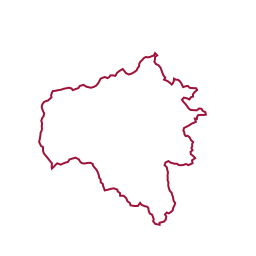 Guapiara, São Paulo, Brazil, rotated 305°
{"feature_id": "56859067B39220328701947", "entity_name": "Guapiara", "entity_type": "district", "adm_level": 2, "iso_a3": "BRA", "parent_name": "Brazil", "parent_adm1": "São Paulo", "projection": "mercator", "projection_center": [-48.549, -24.213], "detail": "fine", "context": "isolated", "style": "outline", "palette": "rose", "viewbox_px": 256, "rotation_deg": 305, "n_neighbors": 0, "source": "geoboundaries", "source_scale": "gbopen_adm2", "svg_char_len": 3116}
<svg xmlns="http://www.w3.org/2000/svg" viewBox="0 0 256 256"><g transform="rotate(305 128 128)"><path d="M91.1,210.5L93.6,209.7L94.5,207.2L95.8,205.8L97.2,204.5L98.4,202.8L100.0,200.8L100.5,198.3L101.9,196.3L103.8,194.1L106.5,192.4L108.1,190.2L110.2,189.0L111.5,187.8L114.6,186.2L116.0,184.4L118.1,182.3L118.5,179.3L121.3,178.5L124.1,180.1L124.0,182.5L125.4,186.6L126.9,188.8L126.7,190.9L128.1,193.0L129.8,194.8L131.8,196.2L132.2,198.8L136.2,201.1L138.2,199.0L141.8,200.3L142.4,197.9L142.6,194.5L144.3,192.9L146.8,193.6L148.0,191.4L150.0,191.1L151.6,189.7L153.9,189.4L154.1,186.8L155.7,183.8L155.8,181.3L154.5,179.8L155.2,177.9L156.9,176.4L157.8,174.7L160.2,173.9L162.6,175.2L164.8,176.4L168.0,177.6L170.3,179.1L172.0,180.1L174.1,177.4L174.9,179.2L177.0,178.1L178.8,178.1L180.7,180.4L181.8,182.2L183.6,184.1L185.3,182.3L184.9,179.3L185.9,177.2L184.7,175.0L181.9,174.2L180.3,171.6L178.7,168.9L178.8,166.6L180.0,163.2L180.7,161.0L181.1,158.8L182.1,156.0L184.9,156.3L186.1,159.3L186.6,161.9L189.2,161.9L191.1,163.2L192.7,161.9L195.3,161.9L198.8,162.8L199.6,160.9L197.4,157.5L196.3,155.5L196.8,152.9L194.8,150.9L193.1,149.7L194.9,146.5L196.0,144.0L196.2,141.3L195.0,139.4L194.8,137.4L193.1,138.4L190.8,139.1L188.7,138.9L189.1,136.2L189.1,133.4L188.3,129.8L190.6,129.7L191.1,127.6L192.1,125.8L193.6,123.5L195.0,121.6L196.1,120.0L196.9,117.0L196.4,114.2L197.5,111.5L199.5,110.8L201.7,109.5L204.3,110.2L204.8,107.2L202.2,107.6L200.3,106.2L198.6,105.1L197.3,103.7L196.2,101.7L194.0,100.8L192.1,100.7L189.6,100.1L186.9,100.4L184.9,101.7L182.8,101.5L180.2,102.0L177.5,101.1L174.7,99.8L172.3,97.9L171.8,94.7L172.7,91.9L173.3,89.8L171.6,89.1L169.5,88.1L166.7,87.4L163.4,87.7L162.5,85.5L161.0,83.4L158.8,83.4L157.1,82.6L156.5,79.8L154.3,78.2L152.7,77.3L150.1,77.6L147.6,77.9L144.4,77.6L142.0,76.4L139.7,74.5L138.8,72.3L138.0,70.3L137.8,66.8L134.8,64.4L132.3,64.5L129.5,62.5L127.3,61.0L128.0,59.0L127.1,56.5L125.1,54.6L122.9,52.5L120.9,51.2L119.3,49.4L117.0,47.4L115.3,45.3L113.0,45.5L110.7,46.3L109.0,47.8L106.5,47.1L104.6,46.7L102.9,45.3L101.2,44.3L99.3,44.2L97.2,44.5L95.5,45.4L93.2,48.5L91.9,51.0L89.3,52.0L86.6,52.1L84.1,52.9L82.7,54.8L80.2,56.2L78.0,58.0L76.1,58.8L74.1,59.1L71.8,60.4L69.6,61.5L67.3,62.5L65.6,63.2L64.3,65.4L63.4,67.3L63.6,69.4L60.9,71.2L59.0,73.5L58.2,76.2L57.4,79.2L56.8,81.1L56.1,83.5L55.4,86.0L52.6,87.6L51.2,88.9L53.8,89.5L55.9,89.7L58.5,90.3L59.4,93.9L61.5,95.1L63.5,96.4L65.8,98.3L68.7,98.1L73.6,102.0L74.1,105.7L73.1,107.8L72.7,110.0L73.7,112.5L75.5,114.2L76.8,115.6L78.0,117.4L78.3,119.6L77.1,121.0L76.4,123.4L75.7,126.2L74.1,129.1L72.5,131.2L70.7,133.0L70.2,135.1L67.9,136.7L67.6,139.6L66.0,141.1L64.9,143.0L63.5,144.7L66.1,147.1L68.4,148.9L70.5,151.1L71.4,154.6L70.1,156.0L70.1,158.7L68.0,160.5L70.0,163.2L69.5,166.8L67.7,169.6L67.6,172.5L66.1,174.5L67.9,178.2L69.8,180.8L73.6,180.9L72.8,183.0L73.6,186.7L74.5,188.7L74.1,190.7L72.5,191.9L70.4,194.9L70.8,197.4L69.4,199.6L68.0,201.4L66.0,202.1L65.1,205.4L66.8,209.4L68.5,208.2L72.0,211.2L74.7,211.4L77.4,210.2L78.4,207.9L81.0,208.2L81.4,210.3L83.9,211.4L86.4,211.8L88.6,210.8L91.1,210.5Z" fill="none" stroke="#9f1239" stroke-width="2"/></g></svg>